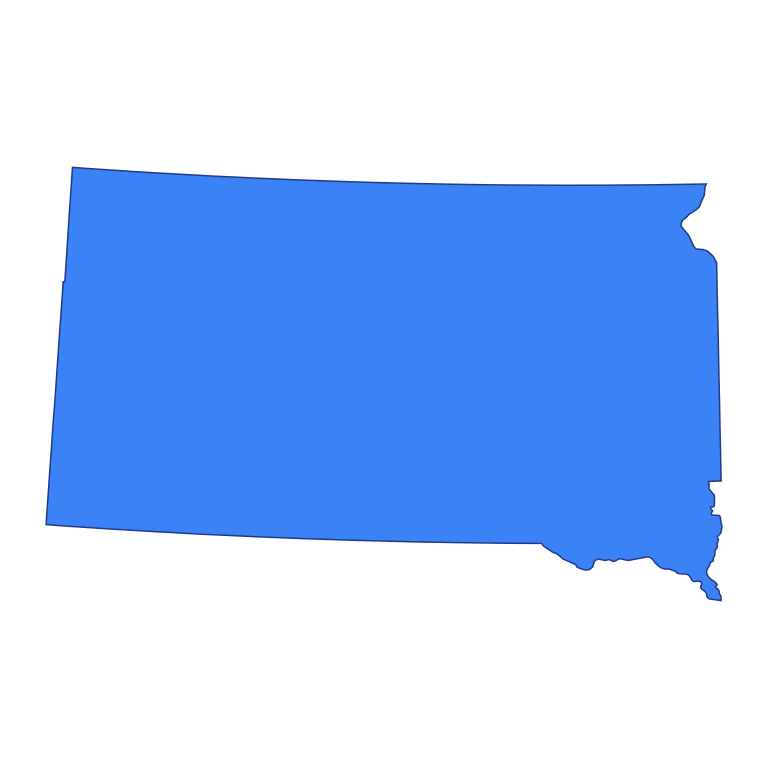 South Dakota, Albers equal-area conic projection
{"feature_id": "USA-3534", "entity_name": "South Dakota", "entity_type": "State", "adm_level": 1, "iso_a3": "USA", "parent_name": "United States of America", "parent_adm1": "", "projection": "albers", "projection_center": [-98.157, 44.23], "detail": "fine", "context": "isolated", "style": "filled", "palette": "blue", "viewbox_px": 768, "rotation_deg": 0, "n_neighbors": 0, "source": "natural_earth", "source_scale": "10m", "svg_char_len": 4203}
<svg xmlns="http://www.w3.org/2000/svg" viewBox="0 0 768 768"><path d="M64.7,281.8L64.9,280.3L65.4,273.3L66.3,259.7L67.2,246.5L68.0,233.3L68.9,220.1L69.8,206.9L70.7,193.7L71.6,180.6L72.5,167.4L95.0,169.0L114.7,170.3L134.4,171.6L154.1,172.8L173.8,173.9L193.5,175.0L213.2,176.1L232.9,177.0L252.6,178.0L272.3,178.8L292.0,179.7L311.7,180.4L331.4,181.1L351.2,181.8L370.9,182.4L390.6,182.9L410.3,183.4L430.1,183.8L449.8,184.2L469.5,184.5L489.2,184.8L509.0,185.0L528.7,185.1L548.4,185.2L568.2,185.3L587.9,185.2L607.6,185.2L627.3,185.0L647.1,184.9L666.8,184.6L686.5,184.3L706.3,184.0L705.7,185.2L705.5,185.7L705.2,186.4L705.0,187.0L704.4,194.4L703.8,196.5L702.2,199.7L699.8,205.8L699.4,206.3L698.8,207.3L698.0,208.2L695.7,210.1L689.6,213.9L688.7,214.7L686.8,216.9L683.7,219.3L682.9,220.0L682.3,220.8L681.3,223.3L680.9,225.9L683.3,229.0L687.5,233.8L689.3,236.6L692.6,243.9L694.5,247.5L696.3,249.0L703.0,249.6L706.7,250.7L709.2,252.5L710.2,253.6L712.2,255.3L713.1,256.2L715.5,260.7L716.1,261.9L716.6,262.3L716.7,267.1L717.2,293.8L717.8,320.6L718.4,347.3L718.9,374.1L719.5,400.8L720.0,427.5L720.6,454.3L721.1,481.0L708.6,481.4L708.3,481.7L708.5,482.6L708.9,483.2L709.1,484.0L709.1,484.9L709.0,486.2L708.9,487.3L709.0,488.3L709.4,489.4L709.9,490.1L711.5,491.9L712.3,492.9L713.8,494.6L714.2,495.1L714.4,496.4L714.5,502.7L714.3,505.7L714.0,506.1L713.7,506.5L713.2,506.8L712.6,507.0L711.3,506.8L710.7,506.9L710.5,507.5L710.6,508.3L711.4,509.6L712.0,510.2L712.5,510.7L712.6,511.1L712.4,511.5L711.6,512.5L711.4,513.0L711.3,513.6L711.4,514.3L712.0,514.9L712.7,515.2L713.4,515.2L714.8,515.1L716.8,515.4L717.4,515.4L718.3,515.3L718.9,515.4L719.4,515.6L719.8,516.1L720.0,516.6L720.4,517.9L721.2,523.2L721.5,524.4L721.8,525.4L721.9,526.1L721.9,527.1L721.1,532.0L720.8,532.9L720.4,533.6L717.5,536.5L717.3,537.1L717.3,537.8L717.7,538.5L718.1,538.9L718.2,539.3L718.3,539.8L718.1,540.7L717.6,542.3L717.2,543.0L717.1,543.4L717.2,543.8L717.4,546.2L717.0,547.7L716.7,548.4L715.1,550.3L715.0,550.6L714.9,551.5L714.8,554.8L714.6,555.7L714.4,556.3L714.1,556.6L713.7,557.0L713.5,557.6L713.4,558.3L713.3,559.9L713.2,560.6L713.0,561.1L712.6,561.3L711.3,561.9L711.0,562.1L710.6,562.5L710.3,562.9L710.0,563.4L709.8,564.1L709.6,564.8L709.4,565.4L709.2,565.9L707.8,568.0L707.1,569.7L706.7,570.9L706.5,572.6L706.8,573.5L707.2,574.8L708.7,577.0L709.5,578.0L710.3,578.7L715.1,582.2L715.9,583.0L716.7,583.8L716.9,584.3L717.1,584.8L716.8,585.3L715.8,586.2L715.7,586.3L715.5,586.8L715.4,587.1L715.6,587.5L717.1,588.4L717.6,588.7L717.9,589.1L718.3,589.6L718.9,590.7L719.2,591.4L719.3,592.1L719.3,593.1L719.4,593.9L719.8,594.5L720.3,594.9L721.0,596.3L721.0,600.6L709.4,598.9L707.8,597.9L706.8,596.3L706.5,593.9L705.6,592.0L701.9,589.2L700.8,587.8L700.7,586.2L701.1,585.2L701.7,584.3L701.9,583.2L701.4,582.3L700.4,581.6L699.1,581.3L698.2,581.2L694.5,581.5L693.3,581.2L692.2,580.6L691.7,580.0L691.4,579.1L690.8,578.0L689.8,576.5L688.6,575.2L687.0,574.2L678.9,573.7L677.3,573.2L676.3,572.4L675.7,571.5L674.8,570.9L672.4,570.4L670.4,569.4L669.5,569.1L664.8,569.0L662.7,568.5L660.6,567.5L658.7,566.1L655.4,563.1L652.7,559.5L651.2,558.1L649.3,557.2L647.1,556.9L629.3,560.3L626.9,560.3L620.4,558.7L618.4,559.2L615.0,561.1L612.9,561.3L611.8,560.9L610.0,559.8L608.9,559.6L605.2,560.5L599.1,559.1L596.9,559.6L595.8,560.1L594.8,560.8L594.1,561.8L593.8,563.4L592.7,566.7L592.3,567.3L591.8,567.6L589.9,569.2L588.9,569.8L586.5,570.0L584.1,569.8L577.7,567.5L576.7,566.8L576.3,565.4L575.4,564.4L563.0,559.0L559.4,555.7L555.7,553.1L555.2,553.0L554.1,552.9L553.6,552.8L544.2,546.5L543.5,545.9L541.8,543.7L541.5,543.4L541.0,543.4L533.3,543.4L518.1,543.3L503.0,543.2L487.8,543.0L472.6,542.8L457.4,542.6L442.3,542.3L427.1,542.1L411.9,541.8L396.8,541.4L381.6,541.0L366.4,540.6L351.3,540.2L336.1,539.7L320.9,539.2L305.8,538.7L290.6,538.1L275.5,537.5L260.3,536.9L245.1,536.2L230.0,535.5L214.8,534.8L199.7,534.1L184.5,533.3L169.4,532.4L154.2,531.6L139.1,530.7L123.9,529.8L108.8,528.9L93.6,527.9L78.5,526.9L63.4,525.9L46.1,524.6L47.1,509.4L48.2,494.3L49.2,479.1L50.3,463.9L51.4,448.7L52.4,433.5L53.5,418.4L54.7,403.2L55.8,388.0L56.8,372.8L57.9,357.6L58.9,342.4L60.0,327.2L61.1,312.2L62.2,296.9L63.2,281.7L64.7,281.8Z" fill="#3b82f6" stroke="#1e3a8a" stroke-width="1.5"/></svg>